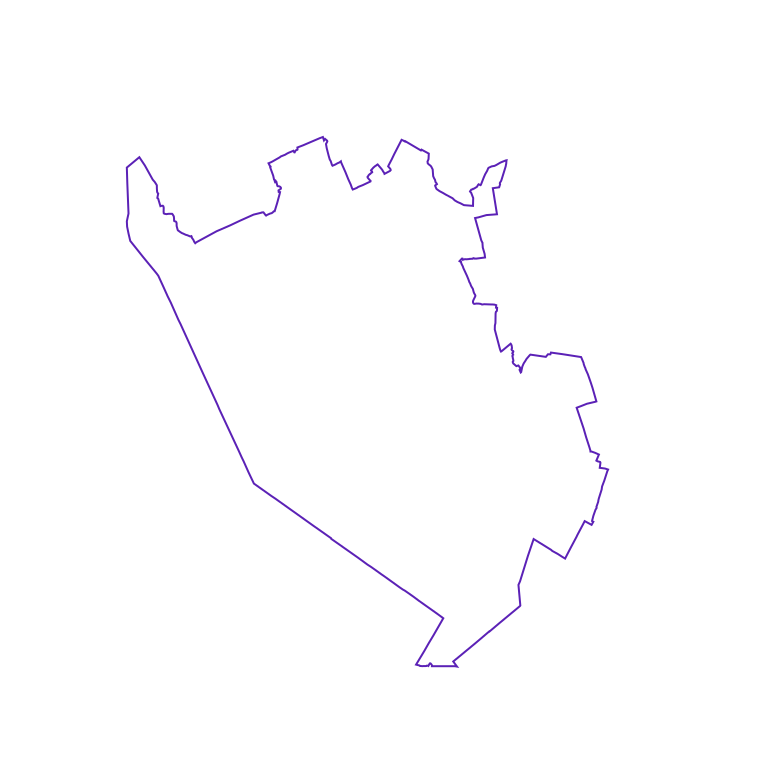 Dobromir, Constanta, Romania, rotated 72°
{"feature_id": "2599482B21498804954375", "entity_name": "Dobromir", "entity_type": "district", "adm_level": 2, "iso_a3": "ROU", "parent_name": "Romania", "parent_adm1": "Constanta", "projection": "equal_earth", "projection_center": [27.791, 44.013], "detail": "fine", "context": "isolated", "style": "outline", "palette": "violet", "viewbox_px": 768, "rotation_deg": 72, "n_neighbors": 0, "source": "geoboundaries", "source_scale": "gbopen_adm2", "svg_char_len": 6139}
<svg xmlns="http://www.w3.org/2000/svg" viewBox="0 0 768 768"><g transform="rotate(72 384 384)"><path d="M534.6,197.3L532.7,199.9L530.4,204.7L525.8,202.5L525.3,202.5L524.9,202.6L523.5,204.8L522.5,205.7L517.5,201.4L514.6,204.6L512.3,207.6L512.0,208.5L511.4,208.3L507.8,208.2L497.2,208.2L488.0,207.9L466.1,208.1L465.9,203.4L465.5,197.1L466.2,188.7L466.2,187.4L452.2,186.9L446.9,186.9L437.7,187.1L432.3,187.7L431.3,187.6L429.9,187.8L426.9,187.9L425.6,187.7L419.3,188.2L410.9,204.8L405.7,215.5L407.2,216.6L406.4,218.9L408.2,221.7L401.3,235.7L401.7,236.6L404.2,240.7L405.6,242.3L407.6,244.8L410.2,247.1L415.1,249.9L415.3,250.4L412.4,250.7L411.2,249.3L407.9,250.5L407.9,252.6L404.4,254.7L403.6,254.8L403.1,254.8L402.5,254.6L402.0,253.8L400.2,253.5L399.9,253.6L398.5,253.4L398.1,253.2L397.1,253.3L396.4,252.8L396.1,252.1L395.2,252.2L394.4,252.5L394.0,252.1L393.7,251.4L393.2,251.0L392.9,250.9L392.4,251.1L391.8,251.7L390.9,252.0L390.4,252.0L390.0,251.7L389.5,251.2L389.1,251.1L386.7,250.7L385.3,250.9L384.8,251.1L389.0,261.6L389.3,262.7L388.3,262.9L386.0,262.9L366.4,261.8L362.7,260.5L360.5,259.2L351.5,256.1L350.3,255.5L349.9,255.2L349.6,254.4L349.2,254.0L348.1,253.5L346.5,252.9L346.0,253.9L343.7,252.9L342.6,254.5L342.0,256.0L341.0,258.8L339.1,264.0L338.7,266.2L337.7,267.3L336.9,268.9L336.1,271.1L335.7,273.4L335.4,273.8L334.7,274.1L333.7,274.1L332.8,273.8L331.9,273.1L328.9,270.2L328.3,269.8L327.5,269.8L325.6,270.2L324.6,270.3L320.9,270.1L318.5,270.7L317.3,270.9L314.8,271.0L313.7,271.3L310.3,271.4L306.5,271.7L298.4,272.7L296.5,272.7L294.1,273.1L292.2,273.2L291.7,273.0L291.0,273.8L290.5,274.2L288.8,271.1L289.0,270.6L290.2,270.6L290.3,268.4L290.9,267.0L291.5,264.2L291.5,263.6L291.7,263.1L292.3,260.9L291.9,260.2L292.2,259.6L292.7,259.2L293.3,257.3L294.9,248.8L291.3,248.1L284.8,247.9L280.7,246.9L280.3,246.7L277.5,247.1L254.3,246.1L254.7,242.6L255.0,234.4L257.5,224.1L231.4,220.0L232.5,213.7L230.0,211.9L228.8,211.8L228.4,211.5L227.2,210.0L226.5,209.4L214.6,201.0L212.7,200.0L212.5,199.8L209.6,198.6L209.1,198.3L209.0,198.9L209.2,202.4L209.4,204.9L210.4,209.4L210.7,211.5L210.3,214.4L210.7,217.7L211.1,218.3L213.1,220.0L215.8,223.0L218.4,225.3L224.5,230.3L224.7,230.8L223.3,232.3L223.8,233.1L225.2,234.7L226.0,238.0L225.9,239.0L226.2,239.3L226.1,240.9L227.4,242.7L227.8,242.6L229.1,242.0L234.7,241.7L239.2,243.3L242.1,244.3L238.8,252.2L238.5,252.8L235.9,255.3L233.6,257.9L231.2,260.0L228.5,261.4L223.0,266.7L220.6,268.8L217.7,271.6L214.9,273.7L214.1,273.9L211.6,274.1L211.0,274.0L210.9,273.8L210.3,271.9L209.5,272.0L207.8,272.6L205.5,272.4L203.8,272.8L201.5,273.0L195.0,271.4L191.8,271.9L190.8,272.3L188.9,273.6L187.7,274.2L185.9,273.9L184.1,272.3L183.2,271.9L178.7,270.2L172.7,275.9L173.3,276.7L159.6,288.8L159.9,289.1L158.2,290.7L157.2,291.8L168.6,303.3L172.7,307.2L177.3,311.9L178.3,312.8L181.4,311.5L182.6,311.5L183.2,312.4L184.3,318.6L183.3,318.6L181.5,319.2L180.2,319.4L178.7,319.9L173.2,322.2L173.4,323.1L173.8,324.0L174.0,325.0L174.9,327.2L176.8,330.4L177.0,330.4L178.2,329.7L179.0,329.8L179.3,330.9L180.1,332.5L180.0,332.8L180.7,334.1L181.5,335.0L181.8,335.6L182.1,335.7L182.6,335.8L184.6,335.0L186.6,334.1L186.8,334.0L187.2,334.3L188.3,342.8L188.6,347.6L189.1,349.3L189.3,351.8L189.3,352.4L189.4,353.6L187.8,353.9L184.1,354.0L178.1,354.7L170.7,355.2L159.9,356.3L158.9,356.2L159.5,357.9L159.7,360.1L160.2,362.4L160.5,365.5L159.5,365.8L155.6,365.8L153.8,366.2L153.1,366.2L149.7,366.1L142.0,365.6L137.8,365.0L136.3,363.4L135.7,362.9L135.0,362.9L132.7,364.3L133.8,365.8L130.2,365.8L130.3,368.6L132.0,387.3L132.3,393.3L134.1,393.7L134.4,393.9L134.5,394.2L134.4,395.0L134.6,395.7L135.2,396.5L136.1,397.4L136.0,397.7L135.4,397.9L134.2,398.1L134.6,403.2L134.9,405.1L135.4,407.2L135.7,411.8L136.2,413.1L137.9,421.3L138.2,423.2L138.4,425.6L141.7,425.1L141.8,424.8L142.4,424.7L142.8,425.3L151.6,425.0L155.6,425.4L156.8,424.4L157.2,424.3L157.4,425.2L158.6,425.2L158.8,423.9L162.6,424.2L163.0,424.0L163.6,422.6L164.5,421.7L165.5,421.4L166.4,421.7L167.3,424.5L168.8,424.8L169.4,423.6L171.3,424.7L178.9,429.7L185.9,434.6L185.7,435.5L186.4,436.7L186.8,438.0L186.7,439.7L187.1,443.2L187.4,444.1L187.2,444.3L183.5,445.6L183.3,446.1L183.1,447.4L183.2,447.5L182.6,455.7L184.2,470.5L185.6,481.4L187.0,496.0L191.2,518.6L191.4,519.3L191.7,519.7L191.8,520.0L190.3,520.5L187.8,520.8L185.7,521.5L184.1,521.4L183.8,521.5L183.8,522.7L181.8,525.0L180.8,526.5L178.9,528.5L178.0,529.6L176.4,530.9L174.2,532.5L173.6,532.6L169.9,532.4L168.6,532.1L167.6,531.7L166.3,531.5L165.9,531.5L165.2,531.8L164.3,533.1L163.6,533.1L161.6,532.5L159.6,532.1L157.4,532.6L156.7,532.9L156.5,533.3L155.5,536.6L155.2,538.5L154.3,540.1L153.7,540.7L152.1,540.4L150.2,539.7L149.2,539.4L148.6,539.1L146.9,538.9L146.1,539.3L145.8,540.6L145.8,541.7L137.9,541.5L137.0,542.1L133.1,539.9L132.5,540.2L131.6,540.4L130.7,540.3L127.9,539.6L125.0,538.7L124.5,538.7L121.0,539.6L118.2,540.8L102.3,543.9L92.7,546.6L98.7,561.7L113.8,566.1L142.9,574.3L149.8,578.3L155.0,579.7L162.1,580.5L169.5,581.1L188.7,573.9L208.6,566.1L211.3,565.2L223.2,563.8L229.7,563.1L231.3,562.9L233.4,562.7L240.8,561.6L259.4,559.7L264.0,559.0L317.7,552.9L352.3,548.8L357.1,548.4L403.5,542.7L409.8,542.0L414.1,541.4L426.3,540.1L438.5,538.5L455.6,525.8L459.4,522.8L497.5,494.6L514.3,482.0L515.0,482.0L541.0,462.5L550.7,455.5L554.0,452.8L564.3,445.2L566.1,443.8L572.2,439.3L581.9,432.2L585.3,429.6L586.9,428.1L595.4,421.7L600.8,417.9L619.1,404.3L625.1,400.0L638.3,414.6L644.2,421.4L650.3,428.1L660.8,440.2L662.7,437.2L663.3,436.9L664.1,434.9L665.3,430.9L665.1,430.2L665.4,429.5L665.9,429.0L663.9,426.8L664.1,426.1L665.5,425.5L666.5,425.3L667.2,425.6L673.9,405.0L674.4,403.6L675.3,401.9L669.3,403.9L658.4,376.3L651.8,360.3L652.0,360.2L647.1,348.2L637.2,323.3L636.8,322.8L616.6,318.2L613.7,315.6L591.9,300.2L577.7,289.6L593.4,276.3L594.7,275.6L599.5,271.1L603.2,268.1L606.0,265.7L602.8,262.5L597.2,256.8L589.0,248.3L587.2,246.6L579.1,238.2L576.4,235.5L582.1,230.1L579.9,227.7L579.7,227.5L579.0,228.3L578.6,228.5L573.9,225.5L568.8,221.6L567.8,220.3L567.3,220.0L566.6,220.0L562.1,216.6L561.3,216.3L559.3,215.1L551.6,209.6L548.9,208.3L543.9,204.3L536.0,198.6L534.6,197.3Z" fill="none" stroke="#5b21b6" stroke-width="2"/></g></svg>